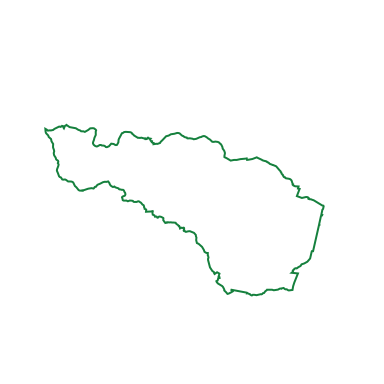 Romos, Hunedoara, Romania, rotated 143°
{"feature_id": "2599482B98815243536941", "entity_name": "Romos", "entity_type": "district", "adm_level": 2, "iso_a3": "ROU", "parent_name": "Romania", "parent_adm1": "Hunedoara", "projection": "robinson", "projection_center": [23.317, 45.815], "detail": "fine", "context": "isolated", "style": "outline", "palette": "green", "viewbox_px": 384, "rotation_deg": 143, "n_neighbors": 0, "source": "geoboundaries", "source_scale": "gbopen_adm2", "svg_char_len": 6045}
<svg xmlns="http://www.w3.org/2000/svg" viewBox="0 0 384 384"><g transform="rotate(143 192 192)"><path d="M145.6,219.9L146.1,223.1L146.9,225.0L147.3,226.8L148.2,228.9L148.9,229.6L150.3,230.2L151.6,230.4L153.0,231.1L156.6,231.9L158.9,233.1L159.5,234.2L161.4,236.2L163.1,237.3L163.5,237.8L163.4,238.6L164.6,239.9L165.1,240.9L165.2,241.8L165.7,242.4L166.1,243.4L166.6,246.2L167.1,247.0L168.3,248.1L171.0,249.1L174.1,250.8L176.7,251.1L179.1,252.1L184.4,251.2L186.9,250.9L188.0,250.4L190.6,251.2L191.5,252.0L193.9,253.3L193.1,254.1L193.3,254.4L193.7,254.5L193.7,255.0L194.1,255.7L194.1,256.3L193.7,256.3L193.4,256.6L193.9,257.1L194.1,257.9L194.0,258.2L193.9,259.2L193.7,259.5L193.1,259.6L194.1,260.7L194.4,261.9L194.8,262.0L195.4,261.5L195.9,261.8L196.3,261.6L196.9,261.9L197.4,262.3L197.1,262.7L197.1,263.1L198.1,263.7L199.7,265.8L201.0,266.5L202.2,267.6L202.6,267.8L204.3,272.1L204.3,273.2L204.7,274.2L204.6,275.5L205.0,276.5L205.5,277.1L208.7,279.9L210.1,280.7L211.4,280.7L212.6,281.1L218.4,278.4L219.3,277.8L221.0,275.9L223.5,274.8L224.1,275.0L224.6,275.3L225.3,276.4L225.6,277.4L227.4,279.2L230.8,278.5L232.9,279.0L233.3,279.3L233.8,279.9L233.8,280.7L234.4,282.0L236.1,283.5L236.4,284.3L237.3,285.0L240.0,285.4L240.7,285.7L241.6,286.9L242.1,288.8L241.9,290.2L241.6,290.8L240.6,291.6L239.1,292.5L237.3,294.0L234.5,295.5L232.6,298.1L231.4,299.0L231.4,299.9L232.0,301.9L233.0,302.8L235.0,304.1L237.5,304.0L241.4,304.5L242.2,305.8L244.0,307.2L244.2,308.3L245.4,310.1L246.4,312.8L250.7,317.5L251.9,321.1L252.6,320.9L253.0,321.2L254.1,321.2L254.8,320.6L256.0,319.9L256.0,320.2L255.2,322.0L256.0,323.0L256.7,322.7L257.3,323.2L257.9,323.2L258.7,324.2L263.9,325.2L265.5,325.1L267.7,326.1L268.3,326.7L270.2,327.8L270.5,329.3L271.1,330.7L272.6,328.3L273.1,327.1L273.1,325.9L272.8,323.7L273.3,322.2L272.7,319.1L273.7,317.0L274.0,313.9L275.5,312.1L276.2,311.1L276.9,308.8L277.5,307.5L279.0,306.3L279.9,304.6L280.1,303.5L280.2,301.5L280.8,300.0L280.8,299.4L280.2,297.7L280.4,296.9L280.8,296.4L281.8,295.8L281.9,294.4L282.9,293.4L286.2,291.3L287.1,290.3L287.8,287.5L288.7,284.6L288.6,283.6L287.9,282.4L288.1,280.2L287.5,279.4L286.4,278.8L285.7,278.2L285.3,277.4L284.6,275.0L282.2,273.1L281.4,272.0L281.2,271.3L281.2,270.7L281.9,267.3L281.5,265.3L281.4,261.8L280.9,260.8L278.7,258.9L278.5,259.3L277.1,258.5L272.9,257.1L270.0,255.6L268.5,254.0L267.5,254.2L266.7,254.5L266.2,254.4L265.6,254.0L263.9,254.5L263.0,254.6L260.2,253.9L257.2,253.4L255.4,252.6L254.3,251.6L252.6,250.9L252.6,248.9L253.0,247.6L253.1,246.2L252.7,244.8L252.1,243.5L250.7,243.1L250.4,241.8L248.5,239.1L248.6,238.4L248.4,237.8L247.4,236.9L246.9,236.1L245.8,235.3L245.5,234.5L245.6,233.7L245.9,232.7L245.9,231.6L246.5,230.3L247.3,229.7L248.0,229.5L250.0,230.1L251.0,230.0L251.2,229.8L251.4,228.9L252.2,227.1L251.6,226.1L249.6,224.7L248.8,223.2L246.8,222.6L245.2,221.2L244.6,220.5L244.6,219.5L244.3,219.0L242.2,217.4L240.6,217.0L240.0,216.4L239.6,215.1L239.2,214.2L239.1,211.7L238.6,210.6L238.9,209.4L239.4,208.8L239.5,207.9L240.0,207.1L239.2,205.8L239.2,205.4L240.6,203.9L236.6,201.2L234.9,200.4L235.0,200.1L236.1,199.2L237.0,197.5L236.3,196.4L236.1,196.0L236.4,194.5L235.6,194.2L235.1,193.7L235.1,192.3L234.5,192.0L233.9,192.2L233.2,192.2L232.5,191.8L231.6,190.7L230.6,188.6L230.6,188.3L231.9,186.8L232.0,184.0L231.5,183.4L231.0,183.2L231.3,183.0L230.1,182.4L228.9,181.9L228.4,181.3L227.1,180.5L226.4,179.7L225.0,178.6L223.6,177.3L223.7,176.0L223.1,174.1L223.1,172.5L222.7,172.4L222.9,171.3L223.5,170.1L222.7,169.9L222.6,170.1L221.7,169.7L220.9,168.6L220.1,168.5L220.0,168.3L220.0,168.0L220.4,167.4L221.6,166.4L221.4,166.1L221.9,165.8L221.9,165.6L221.1,164.7L221.1,164.1L220.8,163.8L218.7,162.9L217.3,162.0L215.0,158.2L214.8,155.4L215.5,154.3L215.9,152.9L217.6,151.1L218.8,148.3L217.9,146.6L217.0,142.1L217.4,138.6L218.0,136.7L217.4,135.1L216.8,134.3L216.1,133.8L217.6,131.8L217.6,131.2L218.4,129.6L219.5,128.9L220.2,127.8L223.0,121.0L223.3,116.7L222.8,115.2L222.7,114.5L223.2,113.9L223.3,112.9L220.3,112.8L219.2,110.3L222.0,108.2L222.2,107.7L221.4,107.4L221.7,106.7L223.1,107.2L224.8,105.9L226.2,106.1L226.5,105.0L226.3,103.2L224.5,98.7L224.4,97.4L224.9,94.7L225.5,93.9L225.1,91.6L225.0,89.3L223.9,88.8L221.0,88.3L219.2,88.1L219.0,88.6L219.1,89.1L219.9,90.8L208.8,78.6L208.6,78.1L208.9,77.9L208.7,77.8L207.3,75.6L207.4,75.4L207.1,74.9L207.0,74.2L206.6,73.5L206.3,73.3L205.3,73.3L203.9,72.2L202.6,70.8L198.6,69.0L198.0,68.4L197.2,68.3L196.2,68.5L195.2,68.0L193.3,68.6L191.3,68.6L190.9,68.8L186.9,65.8L185.8,64.3L182.1,62.3L180.1,62.0L178.9,61.3L178.8,61.0L178.3,61.0L176.6,60.2L176.3,58.7L175.9,58.0L174.9,57.3L174.4,55.8L173.9,55.1L170.7,53.3L167.9,55.9L164.8,58.1L156.4,63.2L161.0,67.5L159.3,67.6L158.9,68.5L157.9,68.8L157.1,68.7L156.3,69.1L154.8,68.6L154.4,68.0L153.7,67.9L152.4,68.0L149.9,67.6L148.0,68.3L145.4,67.4L141.8,66.9L137.7,67.8L132.1,72.5L131.7,72.6L130.9,71.9L110.8,88.9L110.0,89.0L110.0,89.6L103.7,95.0L103.1,95.3L102.3,95.0L101.8,95.3L102.4,96.0L98.5,99.4L97.5,99.6L96.8,100.2L95.5,101.3L95.3,102.0L96.1,102.9L99.8,112.2L100.8,113.6L101.3,114.5L102.3,115.3L103.0,116.2L103.1,116.5L102.4,116.7L102.7,118.2L103.8,119.3L107.8,121.1L110.7,125.6L104.2,129.7L105.3,131.0L103.6,132.3L106.2,134.5L107.1,136.2L107.2,137.0L106.9,137.0L106.6,137.3L106.8,137.7L105.6,141.2L105.6,141.9L105.8,143.0L106.5,144.1L108.8,146.5L108.9,147.8L109.3,148.0L109.4,148.9L109.6,149.0L109.4,149.8L109.5,150.5L109.1,151.1L109.3,151.8L109.4,152.8L108.9,153.9L109.1,154.5L108.8,155.4L109.0,156.5L109.3,161.6L109.5,162.3L110.5,163.8L110.7,164.4L111.5,165.2L111.7,165.8L112.6,167.1L113.0,167.8L113.1,168.9L113.5,169.6L113.5,170.1L114.0,170.7L114.0,171.3L114.3,171.6L114.4,172.1L115.4,173.2L116.7,175.0L116.8,175.6L119.1,179.9L119.4,180.7L123.9,182.0L127.5,183.8L128.7,184.5L128.1,185.9L128.8,186.2L133.7,189.2L137.0,190.7L139.1,192.3L142.2,193.8L144.0,198.2L145.1,200.3L144.5,201.2L142.4,203.1L142.1,203.6L141.5,205.4L141.4,206.5L141.4,208.1L140.6,209.8L140.2,211.9L140.2,213.2L140.6,214.1L140.5,215.0L141.2,216.4L143.0,218.2L144.4,218.9L145.6,219.9Z" fill="none" stroke="#15803d" stroke-width="2"/></g></svg>